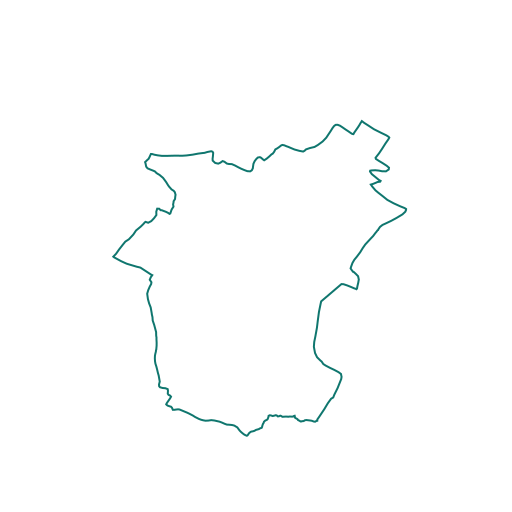 outline of Svay Antor, Prey Vêng, Cambodia, rotated 215°
{"feature_id": "14789045B38642504760800", "entity_name": "Svay Antor", "entity_type": "district", "adm_level": 2, "iso_a3": "KHM", "parent_name": "Cambodia", "parent_adm1": "Prey Vêng", "projection": "albers", "projection_center": [105.453, 11.505], "detail": "fine", "context": "isolated", "style": "outline", "palette": "teal", "viewbox_px": 512, "rotation_deg": 215, "n_neighbors": 0, "source": "geoboundaries", "source_scale": "gbopen_adm2", "svg_char_len": 5474}
<svg xmlns="http://www.w3.org/2000/svg" viewBox="0 0 512 512"><g transform="rotate(215 256 256)"><path d="M246.7,427.2L246.6,425.8L246.6,424.7L246.4,422.6L246.3,419.8L246.3,416.3L246.3,413.5L246.1,411.7L247.1,411.2L248.7,411.1L251.7,411.1L255.2,411.0L258.8,411.0L262.0,410.9L264.4,410.3L266.0,409.1L266.6,407.2L266.7,404.6L266.5,401.3L266.4,397.0L266.3,393.2L267.1,388.0L269.0,382.4L270.6,378.9L273.8,375.3L276.2,372.0L276.6,370.0L277.3,368.6L280.8,367.0L285.6,365.3L290.2,364.3L292.2,363.9L293.9,363.4L296.3,362.9L298.1,362.1L298.8,361.0L299.6,358.3L300.5,356.0L301.3,354.4L300.9,351.8L301.0,349.4L301.6,348.2L302.2,345.2L303.1,341.8L304.2,339.1L305.5,339.1L308.3,339.4L309.5,339.2L311.0,337.7L311.4,335.6L311.5,332.9L311.0,330.1L309.9,327.9L308.9,326.0L308.6,323.8L309.3,322.0L311.8,320.5L314.9,319.7L318.2,319.0L321.5,318.5L325.0,318.1L328.5,317.4L331.0,315.8L332.9,315.0L335.9,315.1L337.8,314.6L338.7,312.0L339.9,310.0L342.8,308.8L346.2,309.3L347.3,310.7L348.4,312.8L350.2,315.9L351.4,316.5L352.8,316.1L355.5,313.3L357.3,311.0L358.8,309.7L362.1,306.7L366.0,302.7L370.6,298.5L374.2,295.6L378.4,292.8L382.0,290.2L382.8,289.6L386.7,286.7L390.6,284.0L394.2,282.1L397.3,280.7L399.7,279.9L400.6,279.3L400.4,278.3L400.0,276.1L399.7,273.9L400.0,272.9L400.7,269.3L399.5,268.4L397.2,266.2L395.1,265.6L392.2,266.2L389.3,266.9L387.4,267.3L386.2,267.1L385.3,266.9L383.9,266.9L381.6,267.1L379.4,266.9L377.0,266.7L374.0,265.7L371.7,264.9L369.0,263.7L367.1,263.0L365.0,262.5L363.4,262.1L360.8,262.2L359.1,261.7L357.0,260.0L356.4,258.7L355.9,257.8L355.0,256.2L354.9,253.6L354.2,252.4L353.5,250.7L351.9,249.1L351.8,246.3L351.7,245.4L350.6,241.7L351.0,240.9L352.8,240.9L355.3,240.5L357.6,239.9L359.6,239.4L360.4,238.8L362.4,239.2L364.1,238.1L363.1,235.1L361.1,232.4L361.2,228.4L361.8,224.5L363.4,221.4L366.1,220.6L366.4,219.6L366.6,217.6L367.3,213.9L368.9,208.1L368.8,203.2L369.7,196.8L371.3,192.8L371.6,188.6L371.9,182.8L371.9,177.5L372.5,173.6L371.7,173.5L363.5,174.4L359.7,175.1L357.6,175.5L356.0,176.0L347.3,178.9L345.6,179.6L344.0,180.2L331.4,180.6L330.0,180.8L330.0,178.2L329.4,175.6L326.6,174.5L325.8,172.9L325.5,170.1L324.7,166.2L323.5,162.7L319.8,158.7L316.4,155.9L312.8,153.5L308.5,149.2L307.9,148.5L305.7,146.5L303.6,143.9L299.8,141.1L294.2,136.4L292.3,133.8L291.8,133.2L290.8,132.2L289.7,130.6L287.6,127.9L285.9,125.4L284.0,122.1L283.9,121.5L283.2,120.3L282.4,118.2L281.6,116.4L280.2,114.2L278.3,111.8L276.6,110.1L274.1,108.2L272.0,106.4L269.2,103.9L267.2,102.3L265.0,100.1L262.8,97.9L261.8,95.2L260.7,93.8L259.4,93.4L256.8,94.3L254.4,95.7L252.0,96.3L250.8,95.1L249.3,92.6L248.0,92.1L246.3,92.4L244.9,92.0L244.7,89.9L244.7,87.5L244.7,84.6L244.5,83.0L243.7,82.8L242.4,82.8L240.6,83.3L239.2,83.8L237.8,83.5L236.7,82.8L235.9,82.3L234.6,83.2L233.4,84.4L231.9,85.7L230.6,86.4L227.9,87.0L225.6,87.5L222.9,88.1L220.7,88.5L218.4,88.8L216.2,89.1L213.5,89.2L211.5,89.5L209.3,89.8L207.0,90.4L205.1,91.1L202.9,92.1L200.7,93.8L198.5,95.9L195.7,97.4L193.0,98.5L190.8,99.4L188.4,100.0L185.3,100.6L183.1,101.2L181.7,102.1L179.8,103.2L178.5,103.9L177.2,104.4L176.3,104.7L175.2,104.7L174.2,104.8L173.3,104.9L172.1,104.6L171.3,104.3L170.4,104.0L169.5,103.7L167.6,103.3L165.6,103.1L164.0,103.0L163.0,103.0L161.7,103.2L160.4,103.5L160.1,104.1L160.0,105.2L160.1,106.5L159.9,107.5L159.5,108.9L159.0,109.6L158.0,110.6L157.0,111.9L156.3,113.5L155.4,114.6L154.4,115.8L153.8,117.2L152.8,118.5L153.0,119.5L153.6,121.0L154.0,122.6L154.0,123.5L154.4,124.8L154.1,126.3L153.0,128.3L152.9,129.1L153.5,131.3L154.0,132.3L153.4,133.4L152.5,133.9L150.5,134.5L149.4,135.8L148.4,137.0L147.2,137.3L146.2,137.1L145.3,137.8L145.0,138.5L144.4,139.2L143.4,139.4L142.2,139.4L140.8,140.5L139.7,141.4L138.4,142.3L137.5,142.7L136.8,143.4L136.1,144.0L135.1,144.6L134.3,145.1L133.7,145.6L133.3,146.5L132.7,147.3L132.1,146.8L131.6,146.0L130.7,145.9L129.2,146.1L128.3,146.1L127.4,145.7L125.9,146.0L124.6,146.0L124.0,146.4L123.5,147.2L122.8,147.6L122.1,148.5L121.8,149.4L120.7,150.5L119.2,151.3L117.9,152.0L117.1,152.4L115.9,153.0L114.3,153.4L113.6,153.6L112.5,154.2L112.0,155.4L111.3,156.2L112.0,157.2L112.0,160.3L112.2,169.7L112.7,176.6L112.6,182.2L111.6,184.4L112.3,187.3L113.4,194.6L115.6,204.0L116.6,206.1L118.0,207.4L118.7,208.1L121.7,208.2L126.6,207.6L131.3,206.8L136.1,206.2L138.9,206.1L141.7,207.2L143.2,207.3L144.4,207.5L147.9,208.1L152.0,210.4L156.5,214.8L159.0,219.0L161.3,224.3L164.9,232.1L168.2,238.3L172.3,246.2L175.0,252.4L176.1,255.0L176.6,256.2L169.9,282.0L168.1,283.1L164.4,284.2L160.1,285.2L157.1,285.8L155.5,286.3L154.7,286.4L154.6,287.3L155.6,289.4L156.9,292.7L158.3,295.7L160.8,298.0L163.9,298.6L166.9,299.0L167.4,298.7L169.9,299.5L171.4,300.1L172.1,302.3L173.0,305.7L173.3,309.4L173.0,313.1L172.8,318.8L173.1,323.7L173.1,328.1L172.6,331.9L172.0,336.3L171.5,339.5L171.4,343.0L171.2,345.3L171.2,346.7L170.9,347.3L171.1,348.4L171.1,351.0L170.2,354.0L168.1,357.6L165.5,362.2L162.8,367.6L159.9,374.1L159.1,377.9L159.5,379.8L160.0,380.6L161.8,380.5L166.5,379.4L173.6,378.1L180.6,377.3L186.5,377.7L192.3,378.0L195.8,378.3L200.7,379.6L202.9,380.4L201.4,382.3L199.8,384.8L198.9,386.3L196.9,388.1L197.0,389.0L198.8,388.8L202.7,389.1L208.1,389.5L211.1,390.6L211.4,391.4L210.4,392.4L207.6,394.6L204.4,396.4L201.4,397.7L198.1,399.9L196.9,403.0L197.7,404.6L200.7,404.9L205.8,404.7L209.9,404.4L213.5,404.3L214.4,405.0L214.1,410.7L214.2,416.0L214.5,422.4L214.5,427.5L214.7,429.4L215.7,429.7L218.4,429.6L224.6,428.6L232.1,427.5L238.9,427.3L243.6,427.1L246.7,427.2Z" fill="none" stroke="#0f766e" stroke-width="2"/></g></svg>